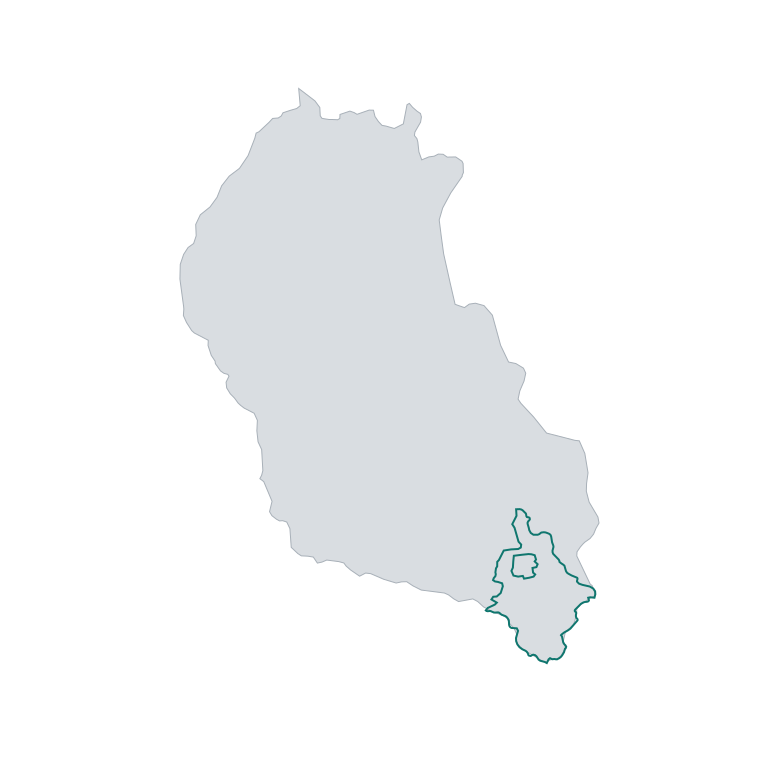 where Szabolcs-Szatmár-Bereg sits in Hungary, rotated 78°
{"feature_id": "HUN-3169", "entity_name": "Szabolcs-Szatmár-Bereg", "entity_type": "County", "adm_level": 1, "iso_a3": "HUN", "parent_name": "Hungary", "parent_adm1": "", "projection": "albers", "projection_center": [22.06, 48.0], "detail": "fine", "context": "in_parent", "style": "outline", "palette": "teal", "viewbox_px": 768, "rotation_deg": 78, "n_neighbors": 0, "source": "natural_earth", "source_scale": "10m", "svg_char_len": 5226}
<svg xmlns="http://www.w3.org/2000/svg" viewBox="0 0 768 768"><g transform="rotate(78 384 384)"><path d="M624.5,222.3L632.8,221.2L633.2,221.4L635.2,222.0L636.6,228.2L636.8,228.6L638.9,232.7L640.8,238.0L643.8,242.1L650.3,243.8L658.8,248.7L664.4,258.2L672.7,262.0L673.3,262.1L675.0,261.7L681.0,261.3L682.1,263.2L687.0,267.8L688.9,271.8L688.0,276.2L688.9,281.0L690.7,282.7L688.5,286.0L673.1,302.6L667.0,307.0L663.0,307.9L656.6,306.2L650.0,307.5L644.1,311.1L638.7,312.2L634.6,316.4L629.3,325.3L622.8,332.9L616.2,337.6L612.7,341.8L612.3,356.3L608.6,360.5L603.7,364.7L601.0,368.4L593.3,390.4L587.6,397.5L582.1,402.9L581.2,407.8L581.2,413.5L575.0,424.8L566.7,436.5L565.1,441.3L566.9,447.8L559.0,455.3L554.4,458.8L550.7,460.5L548.3,465.2L544.3,476.6L545.3,481.7L545.3,486.4L538.6,489.1L536.6,494.2L534.9,500.6L532.0,503.5L524.5,508.7L505.9,506.1L498.8,507.8L496.6,511.6L496.2,514.6L493.8,517.4L489.5,521.0L485.1,522.5L475.5,517.9L454.5,521.9L450.8,525.1L447.9,522.7L443.5,520.5L422.7,517.3L414.4,519.2L403.4,518.1L393.2,515.4L385.6,517.1L378.5,525.8L375.1,528.7L372.4,530.6L366.6,533.2L361.6,536.4L355.1,538.7L349.4,538.1L344.1,534.0L342.1,534.8L340.3,538.3L337.2,541.2L329.0,544.7L326.9,544.5L326.4,544.5L320.1,547.0L309.8,548.1L304.7,546.8L294.7,558.9L291.8,561.0L282.7,564.4L275.3,566.0L269.1,564.2L266.6,563.9L238.9,561.8L224.6,558.4L215.5,553.0L209.7,547.2L207.0,541.0L200.0,536.9L188.8,535.0L180.3,528.5L174.7,517.4L166.7,508.5L156.4,501.6L148.5,492.2L143.0,480.5L132.4,469.5L116.8,459.3L112.0,456.9L111.3,453.9L104.2,442.1L101.1,437.7L101.8,432.1L100.5,428.8L97.7,426.4L96.8,418.2L96.4,412.2L94.4,408.1L77.2,406.0L92.7,392.7L100.2,389.3L108.4,390.6L111.2,389.5L112.1,387.4L113.8,382.9L114.8,378.5L115.9,374.4L115.1,372.0L111.2,371.0L110.0,360.6L112.3,356.8L114.6,354.3L113.0,341.6L114.0,337.4L120.5,337.2L126.1,334.9L130.6,332.2L132.1,328.5L136.2,320.8L133.6,311.0L115.6,303.4L114.8,300.9L119.3,298.5L124.1,294.9L127.0,292.1L130.6,291.9L135.5,293.8L144.0,301.4L147.3,302.6L150.8,300.8L154.3,300.6L164.2,301.6L172.6,300.5L171.2,292.9L171.6,287.5L170.4,283.1L171.6,278.4L175.2,275.0L176.8,266.7L182.3,261.4L184.8,260.8L193.8,262.4L195.9,264.0L197.2,264.4L210.9,278.9L224.0,290.0L235.0,295.9L251.6,297.3L269.1,298.6L298.7,298.3L320.8,297.9L322.4,295.4L326.0,289.4L323.6,284.0L324.0,277.8L328.1,269.9L339.2,263.7L370.4,261.9L388.4,257.6L391.4,250.8L397.5,244.3L402.9,243.1L410.2,246.4L419.0,252.6L426.7,256.0L431.4,254.1L447.4,244.5L465.8,235.2L478.8,209.0L480.2,204.8L493.7,202.0L513.3,202.9L523.3,206.5L530.9,208.4L542.2,207.9L558.6,202.4L564.7,202.6L569.3,206.7L574.4,210.2L577.9,214.5L580.5,220.5L581.9,222.7L584.2,225.8L588.3,230.1L592.3,231.2L622.6,223.9L624.5,222.3Z" fill="#d9dde1" stroke="#a8b0b8" stroke-width="1"/><path d="M690.8,282.8L689.3,284.5L687.2,288.7L685.7,290.1L682.2,291.4L680.7,292.5L679.8,294.3L679.9,295.4L680.3,296.2L680.5,297.2L679.8,298.7L679.2,299.1L677.3,299.3L675.5,300.1L674.4,301.0L672.2,303.9L669.6,306.2L666.4,307.7L663.0,308.2L659.9,307.7L653.3,304.2L650.6,304.9L649.1,310.1L648.1,311.1L646.9,311.6L645.6,311.7L641.5,311.1L640.4,311.2L638.8,311.8L637.1,312.7L636.1,313.8L634.2,316.8L633.5,317.5L632.0,318.6L631.3,319.4L631.0,320.4L630.7,322.8L630.4,324.0L628.2,327.1L628.0,328.0L627.9,329.0L627.8,329.9L627.7,330.0L627.3,331.0L626.6,331.5L624.6,329.0L622.8,321.4L621.3,319.1L617.1,323.7L614.8,321.4L615.3,317.9L612.7,313.3L606.5,309.8L603.5,309.9L601.3,313.7L600.2,316.5L598.5,318.1L596.7,317.0L595.1,315.0L593.3,314.2L591.4,314.2L587.6,312.8L585.9,311.2L581.5,310.2L580.1,308.2L571.8,301.5L572.2,294.1L573.3,287.0L572.4,284.2L569.6,283.2L566.2,285.2L551.8,286.2L547.8,287.7L540.5,281.8L534.0,280.8L534.6,277.4L535.3,275.8L536.3,274.7L540.1,272.2L540.8,272.1L542.9,272.2L543.8,271.9L544.2,271.1L544.5,270.2L545.1,269.5L546.5,269.4L547.5,270.2L548.2,271.4L549.3,272.3L550.6,272.6L554.8,272.3L554.1,272.3L557.2,272.3L560.2,271.4L562.5,269.2L563.4,265.0L563.1,263.2L562.5,262.2L562.0,261.0L562.2,258.6L562.8,256.8L563.9,255.0L565.1,253.3L566.5,252.4L568.1,252.2L573.8,252.5L577.1,252.0L578.6,252.1L582.0,253.8L583.7,254.1L585.4,253.8L592.1,249.6L593.2,249.3L594.6,249.3L596.3,247.9L597.9,246.3L599.2,245.3L604.8,244.9L606.5,244.3L607.8,243.2L610.3,240.3L613.3,235.9L613.8,235.3L614.8,235.2L616.6,236.1L617.4,236.3L619.8,234.8L621.7,231.7L624.9,224.8L626.8,222.7L627.7,221.8L630.6,220.6L633.6,221.0L636.8,222.6L635.5,226.6L635.5,228.7L637.9,228.5L638.5,228.6L639.2,229.8L639.2,231.1L639.0,232.6L639.1,234.4L640.0,237.1L644.4,243.8L645.0,244.4L645.6,244.6L646.3,244.4L647.0,243.8L647.3,243.6L647.7,243.6L648.1,243.6L649.8,244.3L651.2,244.6L652.6,244.5L654.3,243.6L654.6,243.6L655.0,243.7L655.4,243.8L662.0,252.5L663.2,255.2L664.5,259.4L666.0,262.5L666.5,263.1L667.9,262.4L674.2,262.4L675.9,261.8L677.4,260.8L678.9,260.4L680.3,261.3L680.6,262.0L683.8,263.7L686.5,266.2L687.7,267.7L688.6,269.5L689.3,272.0L688.9,273.4L688.4,274.6L688.2,276.7L686.7,278.6L687.5,280.2L690.8,282.8ZM599.5,277.4L594.8,277.0L594.8,273.0L592.2,271.2L588.9,273.5L587.3,271.8L582.8,272.2L581.2,275.2L580.4,278.0L579.7,284.7L579.0,292.7L584.3,294.4L590.4,296.1L593.3,298.2L598.3,297.2L600.3,292.8L600.6,288.1L603.5,287.5L603.7,282.4L603.5,277.7L601.7,275.7L599.5,277.4Z" fill="none" stroke="#0f766e" stroke-width="2"/></g></svg>